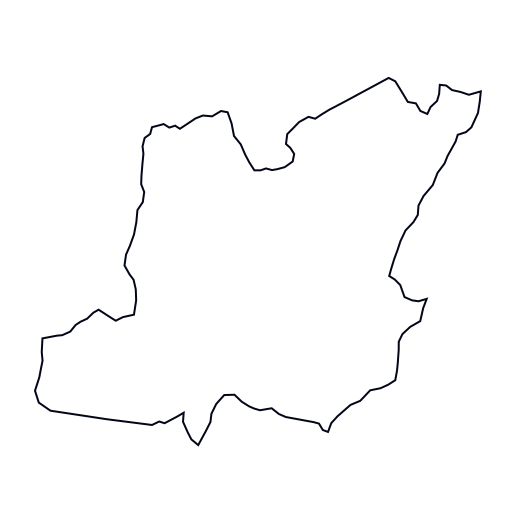 the district of Rio das Pedras, São Paulo, Brazil, rotated 8°
{"feature_id": "56859067B32599157784943", "entity_name": "Rio das Pedras", "entity_type": "district", "adm_level": 2, "iso_a3": "BRA", "parent_name": "Brazil", "parent_adm1": "São Paulo", "projection": "equal_earth", "projection_center": [-47.595, -22.845], "detail": "fine", "context": "isolated", "style": "outline", "palette": "ink", "viewbox_px": 512, "rotation_deg": 8, "n_neighbors": 0, "source": "geoboundaries", "source_scale": "gbopen_adm2", "svg_char_len": 2086}
<svg xmlns="http://www.w3.org/2000/svg" viewBox="0 0 512 512"><g transform="rotate(8 256 256)"><path d="M431.0,274.7L423.2,278.2L416.8,278.2L408.8,276.0L402.9,264.7L396.6,259.9L390.7,257.3L391.6,250.2L393.3,239.7L395.3,230.5L397.0,221.1L400.5,209.9L407.2,200.5L410.5,192.8L409.9,183.4L413.6,173.2L421.2,161.1L424.2,148.4L429.8,138.2L431.8,130.2L434.6,123.0L437.7,114.9L438.9,107.9L446.7,104.1L451.4,98.6L455.9,83.5L456.1,72.1L455.7,61.7L444.4,66.7L435.7,65.1L427.0,64.4L420.6,60.7L414.2,60.9L414.8,70.1L413.7,77.3L408.1,84.2L405.9,91.5L398.6,89.5L393.1,82.6L384.9,82.3L378.3,74.1L369.6,63.6L362.6,61.2L321.4,91.5L308.3,100.9L301.6,106.4L295.5,111.8L288.6,110.9L280.1,117.3L274.7,124.7L270.0,130.9L270.1,140.9L274.9,144.1L279.6,149.6L279.2,157.3L272.1,164.0L265.1,167.0L259.9,168.7L253.8,167.9L248.6,170.5L242.5,171.4L236.4,164.3L231.1,157.0L225.4,147.6L217.5,140.2L213.4,128.2L207.9,117.6L201.2,117.3L193.1,123.8L183.8,124.3L176.9,128.2L172.2,132.4L167.7,136.4L162.9,140.6L157.8,138.2L152.3,140.9L146.2,138.2L140.9,140.5L135.1,142.9L134.2,149.9L129.3,154.6L128.4,163.2L130.3,170.5L130.7,180.2L131.4,192.3L132.3,200.9L136.4,208.2L136.4,218.4L132.2,227.0L132.8,239.3L132.2,251.7L129.7,263.5L127.1,272.8L127.1,283.7L133.4,291.9L138.1,296.6L141.6,305.8L143.5,316.7L143.3,331.1L132.8,335.0L126.1,339.6L117.7,335.8L112.8,333.5L107.6,331.1L102.9,334.7L97.5,341.6L91.4,345.5L87.0,349.4L82.6,356.7L75.1,361.4L69.9,362.6L56.0,367.3L57.2,381.0L59.2,389.4L58.7,397.9L58.3,406.3L55.9,420.2L61.3,431.4L74.0,437.8L131.4,438.4L176.6,437.8L183.1,433.4L188.8,434.3L200.1,426.1L206.2,421.3L206.8,430.3L212.6,439.6L217.5,446.6L225.1,451.3L230.5,436.9L234.0,426.7L233.8,418.5L237.2,408.1L243.9,398.1L254.0,396.4L262.2,402.3L270.0,405.8L275.3,407.3L281.4,408.2L292.7,404.6L300.7,409.3L308.0,411.3L336.4,412.5L341.7,413.2L346.4,419.0L351.8,420.2L353.8,411.0L359.0,403.4L370.3,390.3L379.4,384.9L387.8,373.1L397.7,369.6L404.9,365.0L411.2,359.6L411.6,349.9L411.3,342.5L410.4,329.3L409.3,321.0L411.9,312.9L418.6,304.7L427.7,297.6L428.8,284.4L431.0,274.7Z" fill="none" stroke="#020617" stroke-width="2"/></g></svg>